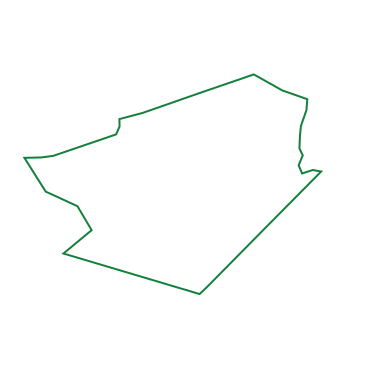 Mar Vermelho, Alagoas, Brazil (orthographic projection), rotated 157°
{"feature_id": "56859067B23677371682445", "entity_name": "Mar Vermelho", "entity_type": "district", "adm_level": 2, "iso_a3": "BRA", "parent_name": "Brazil", "parent_adm1": "Alagoas", "projection": "orthographic", "projection_center": [-36.41, -9.467], "detail": "fine", "context": "isolated", "style": "outline", "palette": "green", "viewbox_px": 384, "rotation_deg": 157, "n_neighbors": 0, "source": "geoboundaries", "source_scale": "gbopen_adm2", "svg_char_len": 500}
<svg xmlns="http://www.w3.org/2000/svg" viewBox="0 0 384 384"><g transform="rotate(157 192 192)"><path d="M332.9,288.9L326.5,249.5L303.0,223.7L299.3,196.1L334.4,185.6L224.9,95.1L215.3,98.7L136.8,131.0L65.1,160.4L72.4,165.1L83.4,166.0L83.4,174.9L75.7,182.5L76.1,190.1L70.6,201.7L65.8,210.4L54.7,222.6L49.6,232.4L69.2,250.2L89.2,276.1L143.0,279.9L156.6,280.8L206.7,284.1L230.3,287.5L233.1,280.6L239.3,274.7L305.7,279.5L317.2,282.7L332.9,288.9Z" fill="none" stroke="#15803d" stroke-width="2"/></g></svg>